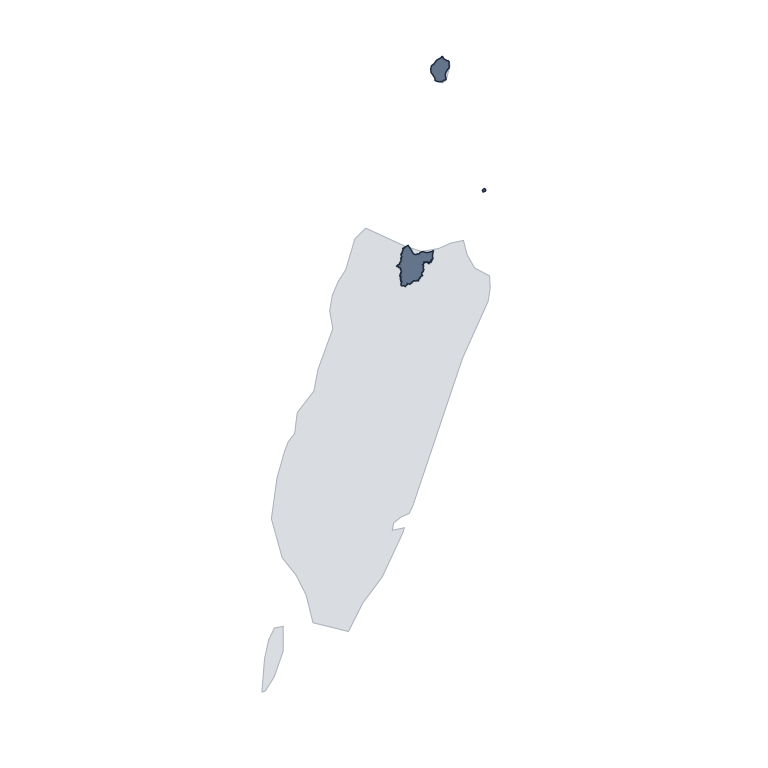 Mayagüez, Puerto Rico (highlighted), rotated 107°
{"feature_id": "32010507B39341524675779", "entity_name": "Mayagüez", "entity_type": "district", "adm_level": 2, "iso_a3": "PRI", "parent_name": "Puerto Rico", "parent_adm1": "", "projection": "mercator", "projection_center": [-67.308, 18.222], "detail": "fine", "context": "in_parent", "style": "filled", "palette": "slate", "viewbox_px": 768, "rotation_deg": 107, "n_neighbors": 0, "source": "geoboundaries", "source_scale": "gbopen_adm2", "svg_char_len": 5095}
<svg xmlns="http://www.w3.org/2000/svg" viewBox="0 0 768 768"><g transform="rotate(107 384 384)"><path d="M506.3,328.9L514.0,334.1L521.5,333.3L515.5,322.5L521.0,322.5L568.8,329.2L599.5,340.2L631.1,345.6L633.1,382.1L608.7,396.7L592.8,411.9L579.9,430.6L545.8,452.3L504.8,458.9L477.5,459.4L467.3,458.7L457.4,455.0L436.7,458.6L411.3,449.0L389.4,451.4L346.0,449.1L329.8,457.4L314.2,459.3L299.0,457.7L286.0,454.0L253.8,454.3L240.3,447.1L245.9,405.6L246.3,386.8L238.4,371.3L229.8,361.5L223.5,350.0L236.1,342.3L246.5,331.3L249.8,314.6L261.2,310.5L274.5,308.6L336.0,316.4L491.6,320.8L500.4,322.1L506.3,328.9ZM681.7,417.9L662.2,419.5L649.4,417.4L645.2,409.6L668.9,402.3L696.5,403.4L712.4,407.8L714.3,410.7L681.7,417.9ZM71.9,429.9L69.5,430.2L67.2,429.9L66.1,429.2L64.5,426.8L57.4,422.8L55.8,419.2L57.4,415.4L60.3,413.9L74.7,413.5L76.2,413.9L79.1,416.5L79.1,418.4L77.7,420.2L75.2,424.8L74.1,425.9L73.3,427.1L73.0,429.2L71.9,429.9Z" fill="#d9dde1" stroke="#a8b0b8" stroke-width="1"/><path d="M249.5,405.4L249.7,404.9L250.0,404.7L251.5,405.3L251.8,405.2L252.5,405.0L253.2,405.2L253.6,404.8L254.1,405.1L254.2,405.5L254.9,405.4L255.1,405.7L256.4,404.9L256.6,404.6L257.1,404.2L257.4,404.4L257.9,404.1L258.1,404.2L258.7,404.3L258.6,404.6L259.2,404.7L259.7,404.2L260.0,404.2L260.6,404.1L261.1,403.7L261.3,403.6L261.6,403.7L262.2,403.7L263.0,404.4L263.4,404.2L264.2,404.4L264.9,404.0L265.2,404.6L265.7,404.8L266.2,405.8L267.1,406.0L267.6,406.4L267.8,406.3L267.8,405.8L267.6,404.8L267.8,404.7L268.1,404.2L268.4,403.8L268.0,402.9L268.3,402.8L268.2,402.5L268.9,401.5L269.8,401.7L270.1,401.3L270.5,400.9L270.9,400.7L271.2,400.3L272.6,400.2L272.7,400.5L273.2,400.3L273.5,400.5L274.1,400.1L274.3,400.1L274.5,400.5L275.0,400.2L275.6,400.4L275.9,400.1L275.9,400.5L276.2,400.4L276.5,400.0L276.5,399.8L276.6,399.1L276.9,399.4L277.1,399.1L277.8,399.4L278.0,399.4L278.5,399.1L279.0,399.0L279.2,398.8L278.9,398.3L279.6,398.1L279.9,398.3L280.2,398.1L280.7,398.2L280.9,398.1L280.9,397.7L280.5,397.6L280.7,397.0L281.6,397.1L282.1,396.9L282.5,396.9L283.3,397.2L283.6,396.8L284.5,396.6L284.8,396.3L285.0,395.8L284.4,394.4L284.2,393.6L284.4,393.0L284.6,392.1L283.1,391.7L282.4,390.9L281.6,390.8L281.1,391.0L281.1,388.4L280.7,388.3L280.4,388.1L280.1,388.0L279.8,387.5L279.3,387.3L279.2,387.0L278.4,386.9L277.9,386.7L277.6,386.2L276.8,386.0L276.3,385.1L276.5,384.4L276.1,383.4L275.7,382.8L275.2,382.7L275.1,382.0L275.4,381.3L275.0,381.1L274.6,381.3L273.9,381.4L272.8,380.7L272.5,381.0L271.6,380.3L270.8,380.6L270.5,380.4L269.7,379.3L269.0,378.8L268.9,378.8L267.7,380.3L267.2,380.3L266.5,380.1L266.3,380.3L265.8,380.1L265.2,379.4L264.5,379.3L263.8,379.7L263.2,379.3L262.8,379.3L262.5,379.5L262.3,380.0L262.0,380.3L260.8,380.7L259.7,380.5L258.7,381.9L258.0,381.3L257.1,381.2L256.6,381.4L256.6,381.2L256.1,381.2L255.8,380.9L255.5,381.1L255.4,380.5L255.9,380.3L255.5,379.7L255.2,379.0L254.9,379.1L254.9,378.4L255.0,378.1L254.9,377.6L254.7,377.6L255.0,377.2L255.2,377.4L255.6,377.1L255.7,376.6L255.4,376.7L255.7,376.4L255.5,376.1L254.7,376.0L254.4,376.2L254.3,375.7L253.9,375.7L254.1,375.2L254.0,374.7L253.6,374.7L253.8,375.1L253.5,375.4L253.3,375.3L253.2,374.6L252.6,374.4L252.2,374.4L251.8,374.7L252.3,374.9L252.2,375.2L251.9,375.2L251.6,375.0L251.2,375.1L250.9,374.7L251.1,374.3L250.8,374.3L250.5,374.0L249.6,373.9L249.0,374.1L248.9,374.3L248.5,374.6L246.9,375.2L246.0,375.4L242.5,375.7L242.2,375.7L242.2,376.0L243.1,376.7L243.7,377.6L244.9,379.5L245.0,379.7L245.7,381.0L245.9,381.4L246.0,382.3L246.0,382.6L246.1,383.6L246.1,383.9L246.1,385.6L246.2,386.2L247.7,387.9L248.6,388.2L249.7,388.7L249.7,389.5L249.7,389.9L249.7,390.1L250.7,390.9L250.7,391.0L250.8,391.1L251.1,392.0L251.0,392.7L251.0,393.6L250.9,393.7L250.4,394.5L250.1,394.9L249.1,395.9L248.5,396.5L248.3,396.7L247.2,397.9L246.6,398.7L246.0,399.4L245.7,399.8L245.6,400.0L244.9,400.9L244.4,401.4L244.4,401.5L245.0,402.2L245.9,402.7L246.2,403.0L246.6,403.8L247.6,403.9L247.9,404.1L248.0,404.4L247.8,404.8L248.4,405.0L248.9,405.7L249.5,405.4ZM53.9,423.4L53.7,423.9L54.1,424.6L54.7,424.5L55.1,424.8L55.3,424.8L57.1,426.6L57.8,427.3L58.8,428.2L60.0,428.8L61.5,429.2L62.3,429.5L63.0,429.9L63.4,429.8L63.9,430.0L64.2,430.5L64.8,430.9L65.1,431.2L65.8,431.6L66.5,431.5L67.0,431.6L67.5,431.5L68.4,431.5L68.7,431.3L69.5,431.3L70.7,430.7L71.5,430.4L72.0,430.3L72.8,429.6L73.1,429.0L74.0,427.8L75.1,426.6L75.8,425.6L76.6,424.8L77.6,424.3L78.2,424.2L78.5,424.2L78.9,423.4L79.1,421.8L79.0,420.4L78.7,419.7L78.6,418.9L78.0,417.7L77.8,416.7L77.2,416.2L76.7,416.0L75.9,415.4L75.1,414.1L74.7,413.7L73.8,414.0L72.5,414.5L71.9,415.2L71.3,415.5L71.0,415.6L69.7,415.8L68.1,416.0L66.1,415.4L64.9,415.4L63.5,414.4L62.9,414.2L62.6,414.2L61.7,414.3L60.5,414.8L59.0,415.5L58.5,415.6L57.7,415.7L57.1,415.8L56.8,415.9L56.6,416.3L56.3,416.7L56.1,417.3L56.4,418.0L56.3,418.9L55.9,420.3L55.6,421.2L55.6,422.0L55.4,422.4L54.8,422.7L53.9,423.4ZM167.8,344.7L167.7,345.0L168.3,345.6L169.2,346.2L169.5,346.4L170.1,346.5L170.4,346.4L170.6,345.9L171.3,345.5L171.4,345.2L170.9,344.7L170.5,344.2L170.0,343.5L169.2,343.3L168.3,343.8L167.8,344.6L167.8,344.7Z" fill="#64748b" stroke="#1e293b" stroke-width="1.5"/></g></svg>